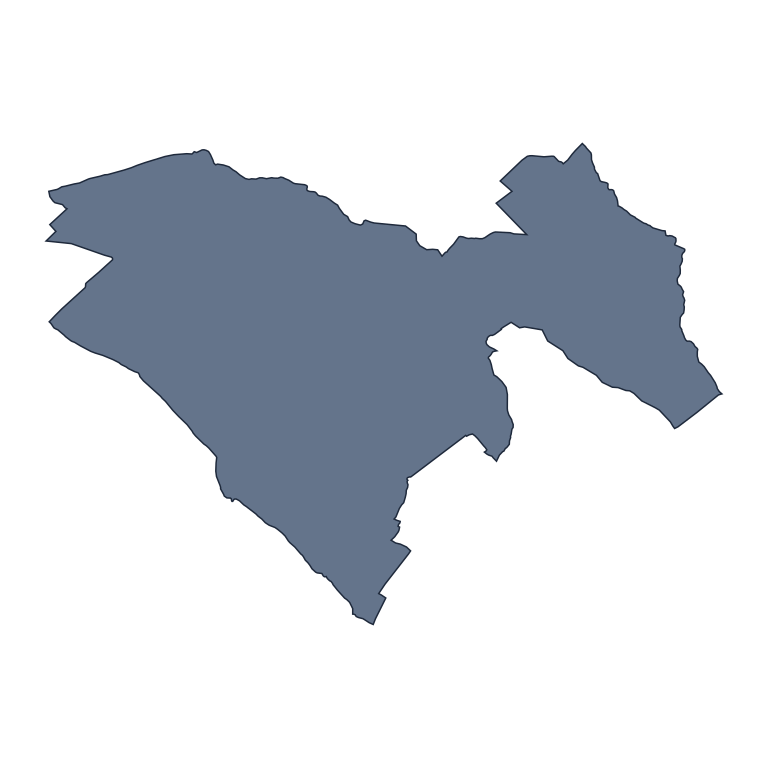 Cuaxomulco, Tlaxcala, Mexico (Albers equal-area conic projection)
{"feature_id": "50627088B93382827511262", "entity_name": "Cuaxomulco", "entity_type": "district", "adm_level": 2, "iso_a3": "MEX", "parent_name": "Mexico", "parent_adm1": "Tlaxcala", "projection": "albers", "projection_center": [-98.088, 19.345], "detail": "fine", "context": "isolated", "style": "filled", "palette": "slate", "viewbox_px": 768, "rotation_deg": 0, "n_neighbors": 0, "source": "geoboundaries", "source_scale": "gbopen_adm2", "svg_char_len": 6093}
<svg xmlns="http://www.w3.org/2000/svg" viewBox="0 0 768 768"><path d="M665.1,230.9L662.0,230.6L652.9,227.9L650.8,226.4L650.0,225.6L648.0,225.0L646.2,223.8L643.7,223.1L635.7,218.1L635.1,217.3L630.4,214.9L626.6,211.1L624.1,209.6L621.9,207.8L619.0,206.2L618.1,206.0L617.5,200.9L616.6,197.6L614.5,194.0L613.7,190.8L612.7,189.9L611.4,189.6L609.2,189.7L608.4,188.9L607.8,187.6L608.0,184.3L607.8,183.6L606.7,182.9L605.0,182.4L601.3,181.6L600.0,180.6L597.6,173.5L596.4,172.8L594.5,169.2L594.4,167.1L592.5,162.8L591.5,159.7L591.4,154.8L590.9,152.9L586.4,148.0L585.6,146.7L582.3,143.5L575.4,150.5L572.1,154.3L567.7,160.1L563.2,163.8L562.3,162.7L561.4,162.0L558.6,161.3L554.2,156.6L553.6,156.3L551.7,156.2L544.0,156.8L532.0,155.7L529.6,155.8L527.3,156.3L522.0,160.2L500.2,181.0L512.0,191.3L496.2,203.2L526.7,234.6L513.9,233.9L510.1,232.7L495.4,232.0L493.4,232.5L490.1,234.1L484.8,237.7L482.3,238.7L479.6,238.7L475.7,238.2L474.6,238.5L471.4,238.2L468.6,238.5L466.7,238.2L463.1,236.9L460.3,236.5L458.9,236.9L453.6,244.2L449.7,248.2L448.0,250.3L447.0,252.0L445.8,252.2L444.9,252.9L442.0,256.2L437.7,249.8L432.7,249.3L426.7,249.7L419.8,245.7L416.4,240.8L416.2,234.1L405.5,226.0L374.2,223.0L370.7,222.1L365.7,220.2L364.1,220.8L362.7,224.0L360.4,225.1L355.0,223.7L351.0,222.0L349.1,219.9L347.6,216.6L343.7,214.3L339.3,208.3L337.6,205.1L334.5,203.2L329.9,199.7L325.9,197.2L322.3,196.2L319.9,196.0L318.1,195.3L316.3,193.0L315.0,192.0L313.5,191.7L310.1,191.5L308.5,191.1L307.3,190.5L306.9,189.8L306.8,188.9L307.3,187.0L307.2,186.2L306.8,185.7L306.1,185.3L304.6,184.7L295.3,183.7L293.5,183.2L288.8,180.2L284.9,178.6L283.1,177.6L280.8,177.1L277.9,178.2L274.0,178.1L271.6,177.7L266.5,178.7L262.3,177.8L259.6,177.8L256.1,179.1L251.5,178.8L249.0,179.4L245.4,178.6L239.7,174.9L236.0,171.7L233.1,170.0L229.0,166.8L223.4,165.0L217.6,164.1L215.6,164.8L213.9,163.2L212.9,160.1L210.4,154.5L208.5,151.5L206.1,150.3L204.1,149.8L202.1,149.9L196.7,152.5L194.2,151.7L192.4,153.7L191.8,154.0L186.8,153.7L173.9,154.7L165.0,156.5L145.1,162.6L137.0,165.4L131.4,167.7L124.3,170.0L107.7,174.6L104.7,174.8L100.1,176.2L90.1,178.5L88.5,179.0L79.5,183.0L74.0,184.0L65.2,186.2L61.8,186.8L58.8,188.6L57.2,189.4L48.8,191.3L49.9,196.7L53.1,201.1L54.9,202.7L62.5,204.6L65.2,207.8L67.0,208.8L49.8,224.6L55.9,231.4L46.1,241.0L71.3,243.6L104.5,255.2L111.4,257.1L112.4,258.0L112.6,258.9L112.5,259.8L98.4,272.6L86.5,282.7L85.7,283.7L85.5,286.7L85.1,287.7L61.9,308.8L55.2,315.5L49.2,321.8L50.9,323.4L53.9,327.8L55.5,328.8L57.8,329.8L64.3,335.3L65.5,336.6L70.7,340.6L72.1,341.4L74.5,342.3L80.3,345.8L90.9,351.4L95.1,353.0L102.9,355.4L113.0,359.6L118.9,362.6L121.2,364.5L126.3,367.0L128.4,368.6L134.8,371.7L138.0,372.7L138.6,373.3L139.4,374.8L139.9,376.6L143.4,380.8L160.7,396.4L162.2,398.3L165.5,401.4L172.9,410.4L178.9,416.7L187.1,424.6L192.3,431.4L193.1,433.0L195.6,436.0L203.8,444.0L206.3,445.7L208.8,448.0L216.2,456.4L216.7,457.5L216.1,462.9L215.8,471.2L216.5,476.5L220.1,485.6L220.6,487.3L220.6,488.9L223.6,494.3L224.3,496.1L226.9,497.9L230.5,498.1L231.3,498.9L231.6,500.8L232.0,501.4L232.7,501.4L234.0,499.4L234.9,499.0L236.4,499.1L239.5,500.8L243.8,504.9L246.1,506.4L256.0,514.0L258.0,516.1L261.8,519.0L265.3,522.7L269.1,525.2L275.0,527.5L277.6,529.3L282.1,533.0L285.2,536.1L288.3,540.9L289.9,542.7L294.8,547.0L300.8,554.0L302.3,555.2L303.4,556.7L305.4,560.3L307.8,562.6L309.8,565.2L312.0,568.8L315.6,572.1L317.2,572.9L321.9,573.5L323.2,575.8L324.3,576.7L325.3,576.8L326.2,576.5L327.3,578.5L328.7,579.9L330.0,581.0L331.0,581.4L332.6,583.5L333.0,584.6L337.4,590.1L344.6,598.1L346.8,599.6L349.2,601.9L349.8,602.7L352.7,608.6L352.7,614.1L353.4,614.1L355.1,614.7L356.2,616.5L358.4,617.5L363.0,618.7L369.2,622.7L373.2,624.5L375.5,618.7L385.8,598.0L381.2,594.9L378.7,593.6L385.0,584.2L408.4,554.1L410.6,550.9L406.5,547.0L400.3,544.1L395.6,543.0L391.1,540.2L394.7,536.8L398.1,532.1L398.9,530.5L399.6,527.1L398.1,526.4L398.5,524.5L399.9,522.9L400.2,521.4L396.8,520.3L394.1,519.0L395.9,517.0L399.4,508.4L401.7,504.8L403.7,502.7L405.3,497.3L406.1,493.7L406.3,490.3L407.6,487.5L408.0,484.7L407.3,483.0L407.1,481.2L407.9,480.3L406.9,479.2L407.1,478.3L407.6,477.6L410.0,476.8L410.7,477.0L465.7,435.4L466.6,436.2L469.2,434.8L472.5,434.0L474.9,435.8L477.6,438.5L483.7,445.9L485.3,447.6L486.8,449.8L486.0,451.1L484.4,452.1L486.9,454.1L488.7,455.1L492.0,456.2L493.2,457.8L496.5,461.2L499.4,455.1L502.7,451.6L503.8,451.2L505.4,448.4L506.3,447.9L507.2,447.0L509.3,444.3L509.5,440.8L510.6,437.7L510.5,436.0L511.1,434.3L511.9,429.3L513.1,427.4L513.2,424.5L512.1,421.6L511.6,419.6L508.8,414.9L507.5,410.8L507.3,408.4L507.4,394.5L506.1,387.4L501.9,381.6L496.8,376.7L493.9,375.0L492.1,368.5L491.3,364.6L489.9,360.3L488.3,358.1L488.5,357.1L490.2,355.6L491.3,354.1L492.5,352.0L494.2,351.3L496.8,350.8L494.1,349.1L489.4,346.9L487.0,344.7L486.3,343.4L486.0,341.4L487.2,339.3L487.2,338.3L488.0,337.1L489.5,335.8L490.8,335.3L492.4,335.4L494.6,334.4L501.4,329.4L501.1,328.7L503.5,327.0L511.1,322.3L519.6,327.8L524.7,326.9L542.2,329.9L547.7,341.0L562.9,350.7L567.9,358.5L578.4,365.9L583.0,367.3L596.4,375.3L602.2,382.3L612.3,387.2L618.1,387.6L625.9,390.5L629.7,390.8L634.0,393.4L641.7,400.9L655.4,407.8L659.3,410.1L670.4,421.9L672.8,426.0L674.6,428.5L678.0,426.8L697.2,412.2L718.5,394.9L721.9,393.9L719.3,391.6L717.3,388.6L717.0,387.0L715.2,382.7L710.6,375.4L708.2,372.6L704.2,366.7L701.6,364.1L698.8,362.0L697.3,356.3L697.3,351.9L697.7,349.3L696.8,348.0L695.0,346.5L693.5,343.8L691.1,341.6L689.3,341.1L687.2,341.2L685.8,340.1L684.5,337.7L683.8,335.5L681.9,331.0L681.7,329.4L680.0,326.8L679.8,324.9L680.3,317.3L682.2,314.5L683.6,313.0L684.1,310.1L684.3,306.9L683.7,304.8L684.7,300.3L683.8,297.6L683.2,296.8L682.6,294.8L683.6,291.7L682.1,289.1L681.3,287.2L680.4,286.1L677.9,284.1L677.2,280.8L677.4,278.4L679.3,275.5L680.2,273.6L680.3,270.2L679.9,266.1L681.1,264.0L682.2,261.3L682.4,258.7L681.8,257.4L681.8,255.5L682.6,253.4L683.7,252.4L684.5,251.3L684.8,250.2L684.7,249.3L683.8,248.7L674.9,244.9L674.7,244.1L675.6,242.4L676.0,241.0L675.9,238.6L675.4,237.8L672.1,236.0L669.7,235.6L668.0,236.0L665.9,235.3L665.1,230.9Z" fill="#64748b" stroke="#1e293b" stroke-width="1.5"/></svg>